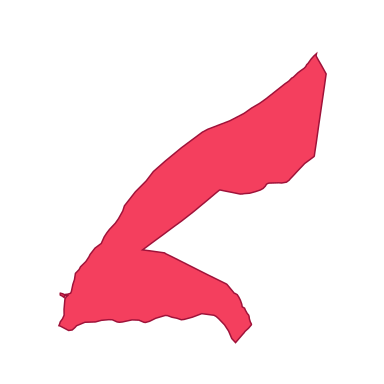 an SVG outline of Somalia, rotated 188°
{"feature_id": "SOM", "entity_name": "Somalia", "entity_type": "country or territory", "adm_level": 0, "iso_a3": "SOM", "parent_name": "Africa", "parent_adm1": "", "projection": "albers", "projection_center": [45.827, 5.144], "detail": "fine", "context": "isolated", "style": "filled", "palette": "rose", "viewbox_px": 384, "rotation_deg": 188, "n_neighbors": 0, "source": "natural_earth", "source_scale": "50m", "svg_char_len": 2394}
<svg xmlns="http://www.w3.org/2000/svg" viewBox="0 0 384 384"><g transform="rotate(188 192 192)"><path d="M88.1,344.4L87.7,343.5L85.6,340.7L81.6,335.6L78.6,331.6L75.6,327.6L75.6,324.5L75.6,315.0L75.7,296.0L75.8,277.0L75.8,258.0L75.9,248.5L75.9,244.6L76.2,244.0L79.7,240.5L84.4,235.9L90.6,227.2L93.9,222.4L96.7,218.5L97.4,217.3L99.8,214.9L104.4,213.4L107.3,213.2L117.1,211.5L118.5,210.8L119.4,209.9L120.2,208.0L122.1,205.4L124.6,203.5L129.2,201.2L133.8,199.2L134.8,198.8L140.3,197.6L141.7,197.1L143.9,196.7L144.8,196.7L152.4,197.2L158.4,197.5L164.6,197.9L165.2,197.6L169.5,192.9L176.3,185.3L180.7,180.5L187.4,173.1L192.6,167.7L198.3,161.8L203.9,156.4L210.6,149.8L214.7,145.7L221.3,139.3L227.5,133.2L232.9,127.8L225.4,127.9L218.0,127.9L210.7,127.9L209.4,127.2L203.2,125.2L195.5,122.6L185.8,119.3L179.0,117.0L171.7,114.5L164.3,112.0L158.5,110.1L151.2,107.7L144.9,105.6L144.1,105.0L140.6,101.8L136.0,97.6L135.1,97.5L132.9,96.6L131.0,94.4L129.0,91.5L127.1,87.8L126.3,85.3L123.8,84.3L122.6,82.3L120.4,79.4L118.8,78.0L118.2,76.8L117.5,74.3L116.2,71.5L115.0,69.8L114.7,69.1L114.8,68.6L117.1,64.9L118.2,63.6L119.3,62.3L120.3,61.0L120.7,60.1L123.5,55.8L126.0,51.9L127.9,48.9L132.2,52.4L136.4,59.4L141.3,65.0L148.0,70.3L150.7,72.1L153.1,73.0L165.4,72.9L174.2,68.1L182.1,64.7L184.8,64.0L189.4,64.9L194.5,65.2L199.1,66.2L201.4,66.0L210.4,61.9L216.1,58.0L220.0,56.3L221.5,56.3L226.8,57.7L233.6,57.0L242.9,53.6L245.8,52.9L248.1,52.9L253.2,54.4L254.0,54.3L256.7,54.0L263.9,52.3L269.5,49.9L279.9,48.1L287.7,43.5L289.1,41.4L291.4,38.7L294.9,37.7L303.8,40.9L305.2,41.1L304.7,43.0L304.4,45.0L302.6,48.4L301.5,52.2L302.4,58.1L302.9,67.5L302.7,68.9L302.1,70.2L301.8,71.3L300.9,71.7L300.5,72.3L301.2,72.5L303.9,71.5L303.9,70.3L304.0,69.8L306.3,71.0L308.0,71.5L308.4,72.7L308.3,73.5L305.7,73.2L304.4,72.6L300.6,73.6L298.2,74.8L297.6,76.6L297.1,84.0L296.2,88.9L296.1,95.2L293.0,99.5L292.0,102.4L287.4,108.4L285.0,113.5L284.2,116.0L280.2,123.0L274.7,128.4L272.7,135.3L270.7,139.6L268.5,143.5L263.6,150.4L261.1,155.3L257.9,163.6L257.0,168.9L248.1,184.3L238.9,196.6L233.1,206.9L222.8,218.9L208.6,234.4L190.1,252.7L185.0,256.4L164.6,267.7L151.4,277.1L144.6,283.5L137.5,289.1L131.9,294.4L114.8,312.3L113.0,313.9L111.4,315.5L109.2,318.6L107.7,319.7L103.6,324.9L101.0,327.5L98.2,330.1L96.9,331.9L96.1,334.1L95.1,335.3L92.5,340.3L90.2,343.7L88.0,346.3L88.1,344.4Z" fill="#f43f5e" stroke="#9f1239" stroke-width="1.5"/></g></svg>